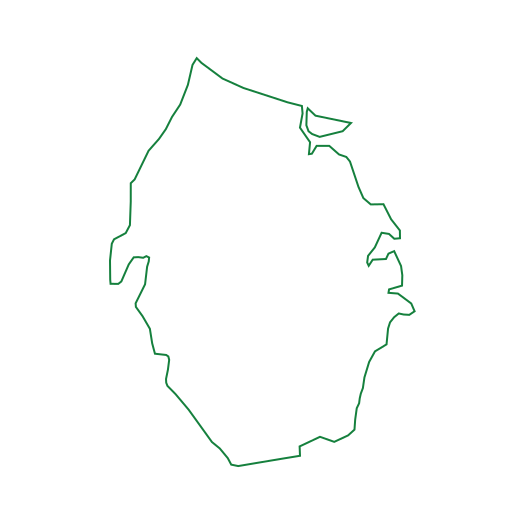 SVG path tracing the border of Sierra Leone, rotated 171°
{"feature_id": "SLE", "entity_name": "Sierra Leone", "entity_type": "country or territory", "adm_level": 0, "iso_a3": "SLE", "parent_name": "Africa", "parent_adm1": "", "projection": "equal_earth", "projection_center": [-11.928, 8.452], "detail": "fine", "context": "isolated", "style": "outline", "palette": "green", "viewbox_px": 512, "rotation_deg": 171, "n_neighbors": 0, "source": "natural_earth", "source_scale": "50m", "svg_char_len": 1661}
<svg xmlns="http://www.w3.org/2000/svg" viewBox="0 0 512 512"><g transform="rotate(171 256 256)"><path d="M404.0,251.3L403.7,255.4L400.9,274.4L396.5,290.7L393.6,294.7L381.1,299.0L375.7,306.2L371.2,329.3L368.3,347.5L363.9,350.6L345.6,376.8L333.5,386.8L325.2,395.4L317.2,406.5L307.2,417.4L296.5,435.7L288.8,454.7L283.6,460.7L279.7,455.3L261.3,436.5L242.1,423.9L200.9,402.9L187.2,397.0L187.7,389.5L192.5,375.9L184.8,359.9L187.8,348.3L184.8,348.3L178.9,355.3L166.4,353.3L158.1,343.3L151.3,339.7L148.4,334.6L144.0,308.3L140.9,296.4L134.6,289.0L122.0,287.2L116.8,271.1L109.9,258.7L111.0,251.0L116.7,251.4L121.2,257.0L128.3,259.3L137.3,245.9L145.3,238.6L147.2,232.2L146.2,228.7L141.3,234.1L128.1,232.7L124.8,237.6L118.8,239.2L114.3,223.4L114.5,214.1L116.4,203.9L129.8,202.2L130.9,198.9L121.7,196.7L110.1,184.8L108.0,176.6L113.8,173.9L119.3,175.1L124.0,176.9L129.2,173.9L134.0,169.5L136.9,163.7L140.9,148.3L153.4,143.2L160.8,133.7L167.9,119.1L171.1,108.8L174.0,103.7L175.8,99.2L177.2,94.4L180.3,89.9L183.6,79.0L185.9,69.1L193.1,64.4L207.8,60.2L221.1,67.4L242.7,61.1L243.8,51.8L263.6,51.7L286.9,51.5L306.4,51.3L313.1,53.8L315.5,60.8L321.9,71.6L328.6,79.1L336.9,95.6L346.6,114.8L357.1,132.2L363.8,141.6L364.5,144.9L364.1,148.6L360.8,157.4L358.0,167.0L358.3,170.5L360.2,172.3L371.1,175.3L372.2,186.0L372.2,200.7L377.5,214.4L382.6,224.5L382.3,228.1L370.0,245.4L365.2,262.5L362.8,267.4L361.8,271.2L364.3,273.0L367.7,271.9L372.4,273.3L377.0,273.8L383.0,267.6L393.0,251.9L396.4,250.0L404.0,251.3ZM183.3,390.4L181.8,393.8L175.3,385.3L141.4,372.5L150.9,365.7L174.5,363.7L181.5,367.7L184.6,371.0L185.8,377.3L183.3,390.4Z" fill="none" stroke="#15803d" stroke-width="2"/></g></svg>